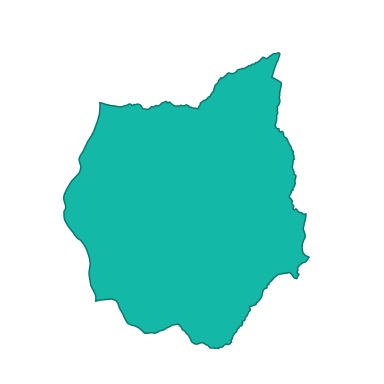 the district of Titiribí, Antioquia, Colombia, rotated 9°
{"feature_id": "7082276B91110424420481", "entity_name": "Titiribí", "entity_type": "district", "adm_level": 2, "iso_a3": "COL", "parent_name": "Colombia", "parent_adm1": "Antioquia", "projection": "robinson", "projection_center": [-75.783, 6.066], "detail": "fine", "context": "isolated", "style": "filled", "palette": "teal", "viewbox_px": 384, "rotation_deg": 9, "n_neighbors": 0, "source": "geoboundaries", "source_scale": "gbopen_adm2", "svg_char_len": 6026}
<svg xmlns="http://www.w3.org/2000/svg" viewBox="0 0 384 384"><g transform="rotate(9 192 192)"><path d="M292.4,185.0L290.6,183.0L289.4,182.3L288.8,180.7L290.0,177.9L290.3,174.8L291.3,174.4L291.4,174.1L291.1,172.5L292.1,170.5L292.5,168.8L292.6,167.2L292.1,165.6L291.8,164.0L292.2,162.8L292.1,161.6L292.3,160.3L291.9,159.3L290.3,158.6L289.9,158.1L289.7,156.5L289.4,155.7L288.4,154.3L287.1,151.8L287.2,148.4L287.0,144.6L288.0,143.5L288.0,143.1L287.2,142.0L287.1,140.2L285.9,139.0L285.8,137.1L285.7,136.4L285.2,135.6L284.1,134.9L283.0,132.2L280.6,129.5L277.4,124.5L276.7,124.0L275.3,123.4L274.4,122.8L274.0,122.3L273.4,120.9L273.1,119.3L273.0,119.1L272.6,118.8L272.3,118.7L271.6,118.1L271.2,118.1L271.1,118.5L270.7,118.7L270.2,118.8L269.7,118.7L268.8,118.2L268.4,117.5L267.9,115.9L267.2,115.8L266.8,116.1L266.0,116.1L265.4,115.6L263.7,113.3L263.8,112.0L264.3,109.0L264.3,107.4L264.2,106.2L263.7,103.8L263.7,102.8L264.4,100.5L263.5,98.9L263.5,96.6L263.4,95.7L262.7,94.5L263.6,93.1L263.9,92.9L264.7,89.3L264.6,88.2L263.4,85.1L263.5,82.7L263.2,81.3L263.1,78.8L263.4,74.1L263.3,71.2L263.0,70.3L262.6,69.7L261.2,69.3L259.6,68.3L258.0,68.1L256.3,67.2L252.8,66.1L253.3,63.9L254.1,57.6L254.8,53.4L256.3,48.3L257.1,43.1L257.2,42.1L257.1,41.7L256.6,41.2L255.7,40.9L253.3,42.2L251.6,42.4L249.8,43.5L248.9,44.8L247.7,45.6L247.0,46.7L244.9,48.5L243.9,48.6L241.5,47.8L240.8,47.9L238.5,51.4L237.2,52.9L236.1,53.9L235.2,54.1L234.5,54.5L234.0,55.5L233.6,55.8L231.7,56.3L229.4,58.3L228.6,58.2L228.1,58.5L227.0,59.7L223.8,62.1L222.3,62.1L221.1,63.0L218.7,63.8L218.0,64.3L216.6,66.6L215.7,67.6L215.1,68.1L213.5,68.7L211.9,68.9L209.5,68.6L208.2,70.0L207.0,71.8L203.8,75.2L203.5,75.1L203.0,74.7L202.7,74.6L202.1,75.9L201.5,76.5L201.0,77.6L200.8,79.0L200.3,80.3L199.7,81.2L199.0,81.7L198.3,82.9L198.0,83.8L197.8,85.0L197.8,85.9L197.5,86.9L197.6,87.9L197.7,88.4L197.7,89.1L196.4,90.4L196.2,91.6L195.1,93.3L194.9,94.9L193.4,95.6L192.7,96.6L192.3,97.6L191.5,98.4L190.9,99.3L190.7,99.5L189.7,99.5L189.2,99.8L187.8,101.5L186.4,102.8L186.3,104.7L186.1,105.5L185.4,106.5L185.1,108.3L184.7,108.8L181.2,108.7L179.8,109.1L179.4,109.1L178.0,108.4L176.8,108.6L176.2,108.4L175.6,107.6L175.1,107.4L174.1,107.2L173.3,106.8L172.9,106.8L172.1,107.2L171.0,108.1L170.4,108.3L169.7,108.4L167.5,108.0L166.7,108.7L165.5,109.2L164.5,109.2L162.0,109.8L160.5,109.4L157.8,108.1L157.3,107.8L156.0,106.7L155.4,106.8L154.8,107.4L154.3,107.3L154.1,107.7L153.7,107.7L153.3,107.5L152.4,106.7L152.1,106.6L151.7,106.7L150.3,107.8L148.5,108.7L146.1,111.8L145.6,112.0L144.8,112.4L142.6,112.3L142.3,112.4L141.0,114.0L140.3,114.1L138.8,113.9L138.6,114.0L138.3,114.3L137.5,115.6L136.3,117.0L135.3,117.3L130.6,117.5L130.2,117.3L128.3,115.0L127.5,114.2L125.0,113.6L124.2,113.8L122.3,114.6L120.9,114.7L120.5,115.0L119.9,115.8L119.2,115.7L116.9,114.7L115.9,115.2L114.4,116.4L108.8,118.9L107.4,119.3L101.0,119.1L98.5,119.4L96.0,119.1L94.0,119.1L88.8,118.2L87.0,118.2L87.7,121.6L88.4,129.8L87.5,137.2L85.8,146.0L84.1,151.7L81.1,158.4L77.9,169.5L76.1,173.3L75.5,175.5L75.3,176.7L75.5,177.9L76.7,181.0L78.1,183.5L78.3,184.7L78.3,187.6L77.8,190.2L76.8,192.2L71.8,199.4L70.0,203.1L67.5,209.9L66.6,213.1L66.2,215.0L66.2,217.8L66.7,219.9L68.9,224.4L69.5,226.1L69.7,227.9L69.5,229.1L68.9,230.3L68.6,231.6L69.5,236.5L70.4,239.1L71.9,241.4L74.5,244.5L76.4,246.5L80.9,250.6L82.7,252.6L86.0,255.6L88.9,256.8L90.3,257.7L93.4,260.7L96.9,265.2L100.2,271.5L101.0,273.3L102.6,278.2L102.9,287.2L103.2,289.4L103.6,290.8L106.6,300.0L112.4,308.2L113.3,310.3L113.7,311.8L114.0,314.8L118.3,313.1L128.9,310.3L130.6,310.3L133.5,311.0L136.0,312.9L136.8,314.8L138.9,318.5L142.8,323.3L144.5,326.1L147.2,329.8L149.5,332.0L153.3,333.0L156.8,333.2L160.4,334.4L161.7,335.0L167.2,338.8L168.8,338.8L174.0,337.3L176.7,337.3L177.5,337.3L178.3,336.9L181.9,334.3L185.0,332.9L186.2,332.2L188.7,329.9L191.9,327.9L193.5,326.3L196.1,325.7L198.8,324.6L199.4,324.8L200.6,325.9L202.2,326.6L203.4,328.8L204.2,329.6L205.5,330.1L207.5,331.3L208.8,332.9L209.4,333.0L210.8,334.0L212.9,336.6L214.8,339.7L215.7,340.4L217.8,341.3L219.3,341.7L220.8,341.5L222.2,340.8L224.2,339.6L225.0,339.4L226.8,339.4L228.1,339.8L229.6,340.7L231.7,340.9L233.9,342.9L234.3,343.1L235.9,343.1L237.4,342.6L239.4,342.8L241.0,342.2L242.6,342.5L242.9,342.4L243.2,341.9L243.8,340.6L245.9,340.6L246.3,340.4L246.7,340.0L247.6,338.4L248.3,337.6L249.0,337.1L249.7,336.9L252.1,336.9L253.2,335.9L254.6,333.9L253.9,332.5L253.9,332.0L254.7,330.7L254.7,328.6L255.5,326.6L256.3,324.8L257.6,323.4L258.1,322.1L258.1,320.3L258.4,319.8L259.3,319.4L259.5,319.1L259.9,317.4L260.7,316.7L261.6,316.6L261.9,316.4L262.2,315.8L262.3,314.6L262.7,313.7L262.6,313.4L261.8,313.1L261.8,312.4L262.6,311.3L263.1,311.1L263.5,311.1L264.0,310.7L264.2,310.0L264.3,307.8L265.4,306.4L266.8,301.6L267.0,301.1L267.7,300.5L267.9,299.9L268.0,299.2L267.9,298.7L267.7,298.1L266.6,296.8L266.7,296.5L267.0,296.0L267.6,295.7L269.2,295.3L270.6,294.1L272.4,293.5L272.8,293.1L273.1,291.4L273.4,290.9L273.9,290.6L274.8,289.5L276.7,286.0L277.3,283.8L277.6,278.4L278.1,277.1L279.3,275.7L279.8,275.7L280.7,275.3L281.0,274.7L280.8,273.3L280.9,272.3L281.1,272.0L282.0,271.7L282.3,271.4L282.6,269.5L284.3,267.4L285.9,264.9L286.5,263.7L290.1,260.0L291.2,259.4L293.9,258.7L296.8,257.5L298.0,257.5L300.2,256.4L300.7,256.3L301.3,256.4L303.5,257.9L306.1,260.7L308.2,261.2L308.8,261.2L309.2,260.9L309.3,259.9L310.5,256.6L310.2,256.3L309.3,256.2L308.7,255.4L308.5,254.9L308.3,254.5L308.9,252.5L308.2,250.8L308.1,250.1L309.8,247.4L311.7,245.3L312.6,244.5L313.8,244.1L315.3,243.0L316.6,240.8L317.8,238.1L315.3,237.3L314.0,237.0L311.5,235.0L310.9,234.3L309.8,231.0L309.2,228.0L309.1,226.2L309.9,222.1L310.7,220.0L310.7,218.2L310.3,216.2L310.0,215.5L307.9,211.7L307.6,210.7L307.9,205.0L308.3,200.1L308.0,195.7L307.7,195.7L306.7,196.5L306.0,196.7L305.3,196.5L304.4,195.6L303.8,195.4L301.8,195.2L300.6,195.3L298.2,192.9L297.7,192.6L297.1,192.6L296.0,193.7L295.0,193.4L294.6,192.9L294.7,190.6L294.6,189.9L294.2,189.3L293.0,188.9L292.5,188.2L292.3,187.4L292.6,185.7L292.4,185.0Z" fill="#14b8a6" stroke="#0f766e" stroke-width="1.5"/></g></svg>